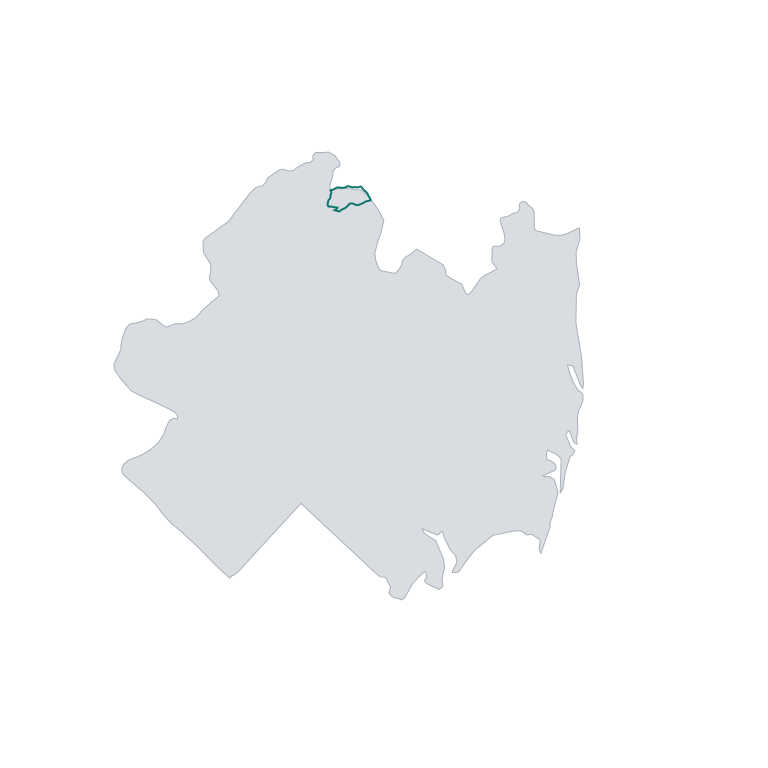 location of Ogoouè-Lètili, Haut-Ogooué, Gabon, rotated 223°
{"feature_id": "22940354B99015789882932", "entity_name": "Ogoouè-Lètili", "entity_type": "district", "adm_level": 2, "iso_a3": "GAB", "parent_name": "Gabon", "parent_adm1": "Haut-Ogooué", "projection": "albers", "projection_center": [13.529, -2.199], "detail": "fine", "context": "in_parent", "style": "outline", "palette": "teal", "viewbox_px": 768, "rotation_deg": 223, "n_neighbors": 0, "source": "geoboundaries", "source_scale": "gbopen_adm2", "svg_char_len": 4740}
<svg xmlns="http://www.w3.org/2000/svg" viewBox="0 0 768 768"><g transform="rotate(223 384 384)"><path d="M519.6,147.6L519.2,153.2L512.9,166.8L509.9,177.3L509.1,188.4L510.9,197.4L513.9,203.8L515.9,210.7L514.4,215.6L511.3,217.7L513.4,220.1L518.0,220.7L525.9,218.6L537.9,214.9L553.7,209.5L564.1,206.6L581.3,208.4L590.4,210.5L595.1,214.3L600.2,230.3L602.7,232.7L606.8,239.5L610.3,247.7L611.0,251.9L610.6,254.9L607.1,259.3L603.2,265.8L601.8,269.8L598.5,272.7L594.4,275.6L582.9,276.7L581.2,278.4L578.0,285.4L571.9,291.2L569.2,296.8L566.7,304.2L567.2,313.4L566.0,326.6L564.8,335.6L567.8,338.7L581.5,340.9L584.1,342.6L587.7,348.2L592.4,353.4L604.9,356.7L609.8,360.7L613.7,365.0L614.2,368.6L611.4,383.0L608.6,396.8L609.7,407.2L610.7,417.3L612.2,431.9L611.5,440.8L608.0,446.2L608.0,450.5L609.6,455.6L606.4,469.8L604.4,472.2L598.8,474.9L595.9,478.7L594.9,484.7L591.9,492.9L588.8,495.9L588.8,499.7L591.8,502.5L591.8,506.8L586.2,511.9L582.8,515.8L575.4,517.6L566.9,515.6L564.9,512.8L566.9,508.4L566.2,504.9L563.3,501.2L558.7,491.6L554.7,489.6L552.4,493.5L545.5,500.8L533.3,510.1L524.7,510.8L508.9,508.0L495.6,503.5L489.4,492.6L485.5,483.6L479.8,473.2L473.5,468.2L466.7,465.0L463.7,464.8L454.0,470.6L451.1,472.9L451.1,477.8L452.0,482.4L453.5,484.6L454.8,487.5L454.6,492.1L452.8,498.2L452.2,504.9L421.8,511.5L416.6,509.1L412.8,506.1L408.2,506.6L395.0,510.1L390.1,507.7L385.3,506.0L383.1,507.4L382.9,510.3L385.2,526.1L384.5,532.1L381.5,540.0L380.0,545.3L388.1,546.8L391.0,549.3L393.8,553.3L397.7,557.0L398.0,559.2L393.6,563.3L392.1,568.4L394.2,572.4L399.7,576.6L407.7,580.9L411.6,583.7L411.2,586.2L407.5,591.8L406.1,596.4L403.6,600.6L404.1,604.5L407.7,608.1L407.3,611.3L404.9,613.8L399.9,613.3L395.7,613.6L391.9,612.6L380.0,600.2L377.4,599.8L360.3,609.4L356.0,613.4L352.5,619.1L347.8,631.4L339.9,624.2L333.2,611.2L325.3,603.2L308.8,590.2L304.3,580.6L285.4,559.6L258.2,538.6L238.5,520.4L235.5,516.3L238.8,516.8L257.8,525.9L260.4,524.8L262.6,522.8L254.4,518.0L246.5,514.3L239.2,512.0L231.8,512.2L227.7,508.3L225.0,502.5L223.6,497.4L220.4,492.2L209.9,481.4L207.4,477.2L201.7,471.5L205.1,470.7L216.3,476.1L217.3,474.0L216.3,470.7L205.1,465.6L199.0,465.3L197.6,461.6L198.4,457.4L190.3,441.6L181.9,429.8L180.6,424.2L203.2,449.9L206.2,450.3L210.1,450.1L219.4,447.1L217.7,443.7L213.4,440.0L209.4,441.7L204.1,442.1L201.3,440.6L200.0,437.9L205.3,425.4L203.0,426.1L201.3,428.3L198.4,429.4L193.9,430.0L182.8,423.4L173.0,405.4L170.4,401.7L167.7,395.4L165.1,392.8L153.8,367.2L158.1,369.1L163.3,376.5L173.2,374.9L177.1,370.6L180.5,370.7L184.0,369.7L188.3,365.7L201.0,347.9L204.3,324.6L203.2,310.8L201.2,297.1L205.5,292.7L207.1,295.5L208.0,300.4L210.0,304.0L214.5,307.2L223.0,308.1L236.1,313.1L240.8,316.3L242.0,309.9L257.1,304.3L252.5,302.3L239.1,304.6L220.8,296.4L214.6,291.2L208.9,281.3L203.0,276.1L203.4,271.4L216.6,267.1L220.1,267.6L221.5,272.7L225.0,274.8L226.4,274.1L226.9,269.7L227.0,257.9L222.9,241.1L224.1,237.9L227.7,236.7L230.9,234.5L233.2,234.0L237.6,234.4L239.9,238.3L241.1,240.5L245.6,241.4L249.3,243.5L252.5,242.9L255.1,240.5L259.0,240.0L271.0,240.0L281.9,240.0L303.6,240.0L325.3,240.0L347.0,240.0L363.3,240.1L363.2,230.4L363.1,215.6L363.0,198.1L362.9,181.3L362.8,165.7L362.6,147.3L363.5,142.1L364.6,139.9L364.2,136.9L381.0,136.6L411.4,137.9L424.7,137.7L428.5,138.0L445.1,137.0L458.5,138.2L464.3,139.5L469.4,140.1L485.5,140.9L506.6,139.9L513.7,140.1L517.7,142.7L519.6,147.6Z" fill="#d9dde1" stroke="#a8b0b8" stroke-width="1"/><path d="M519.1,509.3L519.6,509.6L520.9,510.2L522.6,510.8L524.8,511.4L525.9,512.0L527.1,512.2L528.6,512.2L530.5,512.2L532.3,512.3L533.8,512.4L534.6,512.7L535.6,512.6L536.2,512.0L536.7,510.7L537.4,509.8L538.3,509.2L539.7,508.1L540.4,507.2L541.1,506.4L542.4,505.6L543.7,505.0L544.3,504.7L545.3,504.1L545.7,503.3L546.1,502.2L546.3,501.4L547.1,500.3L548.1,499.2L549.4,498.1L550.9,497.0L551.8,496.3L552.6,495.2L553.0,493.8L553.5,492.3L554.0,491.2L554.4,490.3L555.3,489.3L555.3,489.2L553.7,488.6L553.1,488.1L552.7,487.5L552.4,486.6L552.0,485.7L551.4,485.1L550.9,484.3L550.2,483.5L550.0,482.4L550.0,481.6L550.0,480.7L549.5,479.7L549.0,478.9L548.4,477.9L547.9,477.1L547.4,476.5L546.6,476.1L545.6,476.1L544.7,476.5L544.3,476.9L543.8,477.7L542.9,478.3L541.7,478.8L540.8,479.5L539.5,480.4L538.3,481.3L538.0,480.8L538.0,479.6L538.0,478.8L538.4,478.1L538.6,477.5L537.2,478.1L536.6,478.5L536.1,478.8L535.4,479.0L534.9,479.2L534.6,479.6L534.3,480.3L534.1,480.7L534.1,481.7L533.9,482.5L533.6,483.3L533.1,484.3L532.7,485.5L532.4,486.6L532.1,487.9L532.1,490.3L532.0,492.4L531.5,493.3L531.1,493.8L530.3,494.3L529.6,494.8L528.8,495.2L527.9,495.4L527.2,495.6L526.4,495.9L525.7,496.4L524.9,497.2L524.4,498.2L523.5,500.1L522.7,502.0L522.4,503.2L521.9,504.8L521.3,505.9L520.0,507.6L519.1,509.3Z" fill="none" stroke="#0f766e" stroke-width="2"/></g></svg>